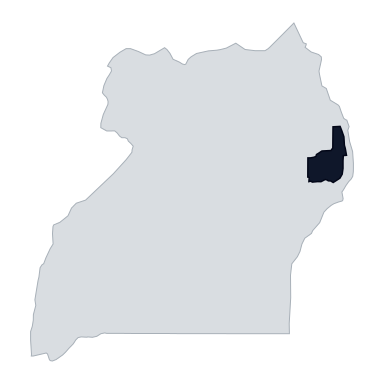 Nakapiripirit on a map of Uganda (Albers equal-area conic projection)
{"feature_id": "UGA-3128", "entity_name": "Nakapiripirit", "entity_type": "District", "adm_level": 1, "iso_a3": "UGA", "parent_name": "Uganda", "parent_adm1": "", "projection": "albers", "projection_center": [34.525, 2.013], "detail": "fine", "context": "in_parent", "style": "filled", "palette": "ink", "viewbox_px": 384, "rotation_deg": 0, "n_neighbors": 0, "source": "natural_earth", "source_scale": "10m", "svg_char_len": 2724}
<svg xmlns="http://www.w3.org/2000/svg" viewBox="0 0 384 384"><path d="M289.4,333.7L282.9,333.7L272.3,333.7L261.7,333.7L251.1,333.7L240.5,333.7L229.9,333.7L219.3,333.6L208.7,333.6L198.1,333.6L187.5,333.6L176.9,333.6L166.3,333.5L155.7,333.5L145.1,333.5L134.5,333.5L123.9,333.4L113.3,333.4L107.0,333.4L105.8,333.2L104.9,332.9L100.9,333.7L96.8,336.3L92.4,337.3L87.7,336.9L87.1,337.2L84.7,337.1L81.2,336.9L78.1,337.6L75.8,339.9L73.3,343.8L69.0,348.2L65.5,352.2L62.6,355.0L56.0,359.6L52.4,361.0L50.6,360.7L49.5,359.9L47.5,353.9L46.2,353.0L33.3,356.0L31.3,356.0L31.5,354.2L30.6,340.2L30.6,331.6L32.3,326.3L33.3,320.1L33.4,314.6L35.8,305.4L34.9,299.8L38.1,280.3L38.9,277.2L40.1,267.7L42.0,264.8L43.7,263.7L45.9,257.9L50.2,248.7L53.1,244.0L52.5,233.6L53.0,226.5L53.7,224.9L59.9,222.3L68.0,215.8L71.5,208.1L76.3,203.2L85.6,200.1L113.4,173.7L126.3,159.5L131.9,152.3L132.1,149.7L133.2,146.2L130.9,143.5L128.3,141.1L127.4,138.8L125.1,137.7L121.8,137.7L119.6,136.1L117.1,132.9L114.7,130.9L106.8,131.0L100.8,127.7L100.9,123.3L103.3,114.5L107.9,104.4L108.1,101.7L107.5,99.3L106.4,97.2L104.3,95.2L102.4,92.8L103.9,85.6L106.9,78.5L109.2,75.0L111.5,71.0L110.9,67.7L107.5,66.1L109.3,62.9L113.0,57.6L120.0,52.2L126.2,48.6L130.4,48.6L138.4,51.5L145.7,54.9L149.6,55.1L154.5,53.7L164.6,47.7L167.0,49.6L169.9,53.3L173.1,59.3L179.4,62.1L182.4,64.0L184.6,64.6L185.8,64.1L188.2,59.4L191.1,56.8L196.5,53.5L208.3,50.9L216.7,50.2L220.3,49.6L226.3,48.1L235.8,43.2L245.1,49.5L255.2,50.7L265.0,50.7L268.0,48.8L269.7,47.3L280.0,37.0L293.9,23.0L303.2,42.7L306.3,43.9L305.9,45.6L305.1,47.3L311.2,52.0L318.6,54.5L321.3,56.9L321.5,59.6L319.0,71.1L319.5,74.4L321.9,85.9L326.3,88.5L330.3,100.2L338.3,105.1L339.4,106.5L341.3,112.1L343.7,118.3L345.6,119.7L346.8,120.1L349.1,126.6L347.8,130.3L349.6,141.5L352.6,151.5L353.4,163.4L353.4,168.7L353.3,171.9L352.7,176.4L351.2,179.0L348.7,181.6L345.9,185.6L343.4,189.9L341.9,192.0L343.1,198.5L342.8,200.2L342.1,201.0L338.5,202.0L333.9,203.7L331.1,205.4L327.1,208.7L323.9,212.2L319.7,222.6L312.6,230.7L311.5,233.4L304.8,238.2L301.9,244.1L300.0,251.4L297.4,256.7L291.8,263.8L290.5,275.2L290.7,297.8L289.2,323.6L289.4,333.7Z" fill="#d9dde1" stroke="#a8b0b8" stroke-width="1"/><path d="M329.3,180.9L328.2,180.8L327.6,180.3L326.8,179.9L325.2,179.5L321.0,181.7L317.7,181.6L312.4,182.1L311.6,181.7L310.8,181.2L309.8,181.4L308.9,181.6L309.2,177.4L308.6,177.2L307.8,177.1L307.9,157.9L310.2,157.9L313.6,157.3L315.9,156.5L316.5,154.5L318.5,153.3L321.9,151.0L331.0,150.5L332.8,147.9L333.0,126.8L340.1,126.4L341.9,131.0L343.9,136.8L344.4,145.2L345.3,148.5L346.5,155.3L343.3,155.6L343.0,160.8L343.0,168.5L342.2,174.2L339.9,178.2L336.8,180.2L333.2,182.5L330.4,180.8L329.3,180.9Z" fill="#0f172a" stroke="#020617" stroke-width="1.5"/></svg>